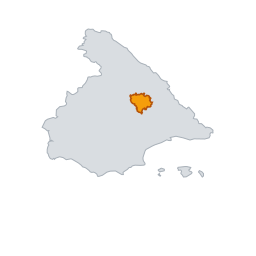 where Soria sits in Spain, rotated 34°
{"feature_id": "ESP-5845", "entity_name": "Soria", "entity_type": "Autonomous Community", "adm_level": 1, "iso_a3": "ESP", "parent_name": "Spain", "parent_adm1": "", "projection": "orthographic", "projection_center": [-2.461, 41.603], "detail": "fine", "context": "in_parent", "style": "filled", "palette": "amber", "viewbox_px": 256, "rotation_deg": 34, "n_neighbors": 0, "source": "natural_earth", "source_scale": "10m", "svg_char_len": 6537}
<svg xmlns="http://www.w3.org/2000/svg" viewBox="0 0 256 256"><g transform="rotate(34 128 128)"><path d="M134.4,67.5L134.5,68.1L135.5,69.2L138.6,69.9L139.4,70.4L139.3,72.0L138.5,73.4L139.2,73.9L140.0,73.9L140.8,72.8L141.0,73.5L142.5,74.2L145.6,75.4L147.8,75.5L150.2,78.0L153.9,77.4L157.3,79.7L160.4,79.1L161.1,79.5L166.0,79.4L166.2,77.5L166.7,76.7L175.3,79.0L176.4,80.7L176.3,81.5L176.8,83.5L177.9,83.3L180.1,82.1L183.0,83.4L183.9,84.5L184.5,84.6L186.6,83.3L192.5,84.3L192.7,83.4L193.1,83.1L195.5,82.1L196.5,81.9L199.7,82.3L200.1,83.4L200.8,83.8L201.1,84.7L199.3,85.4L199.2,87.1L200.4,88.4L200.7,90.8L197.8,94.2L188.9,100.0L186.1,103.3L179.3,105.3L172.4,108.0L168.3,112.3L169.4,112.6L170.7,114.0L170.3,114.7L168.5,115.7L166.8,116.1L163.9,121.4L159.7,126.9L158.2,129.4L154.9,135.8L155.0,137.6L156.8,143.8L157.8,145.4L159.2,146.7L161.9,147.8L162.5,149.0L161.7,150.1L159.1,152.1L154.6,154.9L152.8,157.0L152.4,159.1L151.1,160.0L150.6,162.8L148.9,166.8L148.8,167.8L150.2,169.2L148.8,170.1L141.7,170.6L137.4,173.7L135.2,176.4L133.2,181.5L130.8,184.5L129.7,185.0L128.1,183.7L126.0,183.5L124.0,183.9L122.9,185.0L121.3,185.5L119.6,185.0L116.1,184.7L114.6,184.8L112.1,185.6L110.1,185.0L106.5,184.7L98.9,185.2L97.9,185.5L94.5,188.8L90.8,188.8L87.4,190.1L85.0,193.3L84.5,195.1L83.9,194.6L83.4,194.7L83.1,196.1L80.7,196.8L78.1,195.6L76.0,193.9L74.9,193.8L73.1,191.1L72.4,189.5L71.9,187.7L71.9,186.4L70.3,185.7L70.0,184.0L71.3,182.0L72.9,180.9L71.4,180.9L70.3,182.2L69.0,180.0L63.7,175.5L64.1,174.0L63.1,175.1L62.5,175.4L59.7,175.1L56.4,175.4L55.4,168.2L56.4,165.7L60.2,161.0L62.5,160.5L63.5,158.0L61.5,158.0L58.5,153.0L59.5,148.5L62.9,145.3L63.6,143.9L63.7,142.7L63.2,141.7L61.4,141.1L59.8,137.5L59.5,135.2L58.1,133.9L57.0,131.6L58.1,131.3L62.7,131.6L63.8,131.0L64.7,129.6L65.7,127.2L66.0,125.7L64.3,123.5L64.3,123.0L64.5,122.3L67.4,120.1L66.9,118.3L67.6,114.6L67.4,112.4L67.2,110.6L66.4,108.3L67.1,107.4L68.5,106.7L69.8,104.8L71.5,103.3L73.7,102.2L76.3,99.5L76.0,98.3L75.2,97.5L72.1,96.8L71.9,96.3L72.1,93.3L71.3,92.0L70.2,92.1L68.5,91.5L68.1,91.8L65.9,91.6L64.4,91.0L63.8,91.4L63.5,92.5L60.9,93.4L59.5,93.3L57.2,92.2L54.5,92.4L54.2,92.1L51.9,93.2L51.1,93.2L50.2,91.6L51.6,89.6L50.7,87.5L50.0,87.4L45.7,88.6L43.1,90.3L42.1,90.5L41.8,90.1L41.9,87.3L44.6,84.6L43.0,84.2L43.2,83.4L44.3,82.1L43.3,81.0L43.6,78.0L41.2,78.8L40.6,78.6L40.7,77.4L42.3,75.1L40.8,74.7L39.8,73.7L38.6,71.7L38.6,70.6L39.6,68.2L41.6,67.3L43.7,65.7L46.3,66.2L50.4,65.1L51.8,64.4L51.8,63.4L51.4,62.6L51.9,62.0L55.2,60.2L57.2,60.1L59.2,59.2L60.5,59.9L61.6,59.7L62.9,60.6L64.6,62.5L67.1,63.3L69.1,62.9L79.6,63.2L82.6,62.4L84.9,63.6L89.4,64.3L92.0,65.3L99.4,67.0L102.1,67.1L107.6,65.7L109.1,66.1L111.2,65.4L112.3,65.6L113.6,66.6L118.4,68.1L119.6,66.9L120.6,66.6L124.0,67.4L127.5,68.9L129.3,69.0L131.9,68.6L134.4,67.5ZM201.8,128.9L203.2,129.4L204.5,128.8L205.2,128.9L206.0,129.1L206.2,130.2L203.6,135.9L201.4,137.6L199.0,136.5L197.6,136.3L197.1,135.9L196.7,134.2L196.1,133.6L195.2,133.4L193.4,134.9L192.8,134.0L191.9,133.9L191.6,133.4L191.5,132.6L196.9,128.0L198.5,127.0L201.8,125.7L202.3,125.8L201.9,126.5L202.4,127.1L201.8,128.9ZM217.4,125.5L217.0,127.1L212.7,125.4L211.4,125.2L211.0,125.0L211.0,123.4L213.8,123.0L216.1,123.6L217.4,125.5ZM179.5,145.5L179.1,146.6L176.9,146.3L176.5,145.9L176.9,144.7L177.5,144.5L177.5,143.6L178.1,142.7L181.0,141.9L181.7,142.4L181.9,143.3L180.2,145.2L179.5,145.5ZM181.7,149.8L181.4,150.0L179.1,149.9L179.1,149.2L179.5,148.2L180.4,149.1L181.7,149.2L181.7,149.8Z" fill="#d9dde1" stroke="#a8b0b8" stroke-width="1"/><path d="M133.8,93.1L133.9,94.0L134.1,94.5L134.4,94.9L134.4,95.1L134.3,95.3L134.2,95.5L134.0,95.8L134.0,96.0L134.3,96.6L134.4,96.8L134.5,96.9L134.6,97.0L134.8,97.3L134.7,97.5L134.6,97.8L134.5,98.1L134.4,98.3L134.1,98.3L133.9,98.4L133.7,98.6L133.4,98.9L133.1,99.1L133.0,99.3L132.9,99.4L132.6,99.3L132.5,99.2L132.4,99.2L132.3,99.3L132.2,99.3L132.1,99.5L132.1,99.8L132.3,100.4L132.3,101.0L132.3,101.3L132.4,101.5L132.5,101.6L132.6,101.9L132.7,102.6L132.5,102.8L132.4,102.8L132.0,102.9L131.8,103.1L131.7,103.2L131.4,103.0L131.4,102.9L131.5,102.7L131.4,102.5L131.4,102.4L131.1,102.2L130.7,102.2L130.5,102.3L130.4,102.4L130.4,102.5L130.4,102.8L130.3,103.3L130.2,103.5L129.9,103.7L129.8,103.9L129.7,104.2L129.7,104.8L129.8,105.0L130.0,105.9L130.0,106.6L130.2,106.8L130.3,106.8L130.5,106.9L130.8,106.9L131.2,107.2L131.3,107.3L131.3,107.6L131.2,108.0L131.2,108.4L131.3,108.5L131.2,108.6L130.9,108.4L130.5,108.1L130.4,108.0L130.3,107.9L130.2,107.9L130.1,108.0L129.6,108.4L129.4,108.4L129.1,108.4L128.9,108.4L128.7,108.5L128.4,108.7L128.2,108.8L127.8,108.9L127.7,108.8L127.4,108.7L127.2,108.6L126.6,108.8L126.4,108.8L126.0,108.7L125.9,108.6L125.7,108.3L125.7,108.1L125.5,107.9L125.4,107.8L125.3,107.7L125.2,107.7L125.1,107.4L124.9,107.2L124.8,107.3L124.7,107.3L124.3,107.4L124.2,107.3L124.3,107.1L124.3,106.9L124.2,106.8L124.0,106.7L123.9,106.6L124.1,106.4L124.2,106.2L123.9,106.1L123.7,106.1L123.5,105.8L123.3,105.7L123.0,105.7L122.7,105.6L122.5,105.4L122.4,105.3L122.3,105.2L122.2,105.1L121.9,105.2L121.8,105.3L121.6,105.4L121.3,105.4L120.8,105.2L120.6,105.2L120.5,104.8L120.4,104.7L120.3,104.4L120.1,104.3L119.9,104.3L119.7,104.4L119.6,104.5L119.3,104.8L119.0,104.9L118.1,105.0L117.6,105.0L116.1,104.6L114.3,103.3L114.2,103.1L114.2,102.8L114.3,102.0L114.3,101.9L114.2,101.9L113.7,101.7L113.3,101.5L113.2,101.4L113.1,100.9L113.0,100.7L112.8,100.6L112.7,100.6L112.4,100.7L111.8,100.4L111.7,100.2L111.6,99.7L111.6,99.4L111.7,99.2L111.8,99.2L112.7,99.5L113.6,97.7L114.0,97.7L114.1,96.9L114.5,96.8L115.1,96.4L115.0,95.2L115.0,94.8L115.2,94.7L115.5,94.7L115.7,94.9L115.7,95.0L115.8,95.1L116.1,95.3L116.5,96.0L117.8,94.4L118.2,94.3L118.6,94.3L118.8,93.7L119.0,93.6L119.2,93.4L119.3,93.0L119.7,92.0L120.0,91.9L120.5,92.1L120.9,91.9L121.3,91.7L121.5,91.3L121.5,91.2L121.5,90.8L121.6,90.7L121.8,90.3L121.9,90.2L122.3,90.2L122.5,90.3L122.6,90.5L122.5,90.9L122.5,91.0L122.3,91.2L122.2,91.3L122.2,91.6L122.1,91.8L122.4,92.0L122.6,92.0L122.9,92.1L123.1,92.3L123.3,92.3L123.8,92.3L124.2,92.3L124.4,92.3L124.4,92.2L124.5,92.2L124.6,91.9L124.8,91.7L124.9,91.4L125.0,91.3L125.1,91.2L125.2,90.9L125.2,90.6L125.3,90.4L125.6,90.4L126.0,90.2L126.5,89.9L127.4,89.8L128.0,89.9L128.2,90.0L128.3,90.1L128.3,90.3L128.4,90.5L128.6,90.8L128.7,90.7L129.4,90.5L129.7,90.5L129.9,90.5L130.1,90.5L130.3,90.7L130.3,90.8L130.2,91.0L129.9,91.3L130.0,91.4L130.0,91.6L130.4,91.9L130.5,92.2L130.6,92.3L130.4,92.5L130.5,93.0L131.4,93.3L131.6,93.4L132.0,93.5L132.4,93.8L132.7,93.7L132.8,93.7L133.0,93.6L133.3,93.4L133.8,93.1Z" fill="#f59e0b" stroke="#b45309" stroke-width="1.5"/></g></svg>